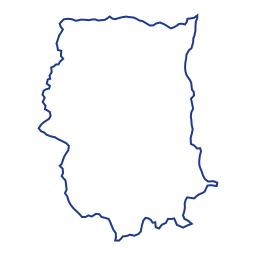 São Tomé das Letras, Minas Gerais, Brazil
{"feature_id": "56859067B94520469666233", "entity_name": "São Tomé das Letras", "entity_type": "district", "adm_level": 2, "iso_a3": "BRA", "parent_name": "Brazil", "parent_adm1": "Minas Gerais", "projection": "natural_earth1", "projection_center": [-44.96, -21.74], "detail": "fine", "context": "isolated", "style": "outline", "palette": "blue", "viewbox_px": 256, "rotation_deg": 0, "n_neighbors": 0, "source": "geoboundaries", "source_scale": "gbopen_adm2", "svg_char_len": 2644}
<svg xmlns="http://www.w3.org/2000/svg" viewBox="0 0 256 256"><path d="M191.7,223.8L188.2,220.8L184.5,218.9L183.0,215.4L184.3,211.3L184.9,207.7L184.7,203.6L185.6,200.0L187.2,197.4L190.9,197.9L194.2,198.4L196.4,196.2L199.3,194.3L202.2,193.1L204.7,191.6L206.2,188.2L207.5,185.6L210.8,185.2L213.2,185.5L216.6,186.1L217.3,182.7L213.4,181.2L208.1,181.5L204.8,178.9L203.1,175.7L201.7,171.5L200.1,167.7L199.3,164.8L199.2,161.1L199.8,155.9L201.0,151.3L200.1,148.2L197.0,148.5L194.4,145.6L191.0,144.0L190.6,138.1L191.8,133.6L192.7,129.3L191.7,124.9L191.4,120.6L190.8,116.3L191.4,112.2L193.1,108.8L192.1,103.7L191.0,98.7L194.0,95.5L193.7,91.8L192.0,89.7L191.6,86.7L191.3,83.1L190.0,80.1L187.9,77.2L186.2,74.4L185.4,70.8L185.1,67.7L185.3,62.9L186.1,58.8L186.5,54.5L189.1,50.0L191.4,48.4L192.3,45.3L193.2,41.9L193.3,38.5L194.5,35.2L195.4,31.0L195.5,25.9L195.9,21.3L197.2,18.4L197.3,15.4L194.1,17.8L190.3,18.5L187.5,18.8L186.8,21.8L185.0,24.5L181.8,23.7L178.9,24.0L176.9,25.6L174.1,27.2L170.8,28.4L167.4,26.2L164.3,24.3L160.0,22.5L155.9,23.6L153.3,25.4L149.9,25.5L146.0,23.2L142.4,21.0L139.3,20.5L136.9,19.0L134.2,17.7L131.7,17.3L129.2,17.1L126.3,16.6L122.2,17.2L118.3,18.2L115.5,19.1L112.5,18.7L109.7,16.5L107.3,18.4L104.7,19.9L101.5,20.2L98.2,20.5L95.1,19.4L92.1,19.5L88.7,20.2L85.0,19.8L80.8,19.6L78.2,20.4L75.5,20.7L71.9,19.2L67.9,18.8L63.8,19.3L59.7,23.6L60.7,26.8L62.9,29.4L60.8,33.0L59.1,35.6L58.0,39.2L56.5,43.5L57.5,47.0L57.9,50.0L61.3,50.8L60.9,56.0L63.2,58.8L60.0,61.6L58.6,64.3L55.9,64.5L53.9,66.4L51.2,67.5L51.7,72.2L49.5,75.7L50.2,78.8L47.7,79.5L46.8,83.7L49.9,85.8L49.1,88.6L46.0,89.3L43.7,90.7L42.5,94.6L44.7,97.7L42.7,102.0L45.5,105.7L45.0,109.3L47.4,110.4L49.9,112.2L50.6,115.8L49.2,118.7L46.3,120.6L44.1,122.0L41.2,124.6L38.7,128.3L41.1,131.3L44.1,132.4L46.5,134.7L50.5,136.3L54.7,137.1L57.5,138.9L60.6,140.4L64.0,142.0L66.5,143.4L68.9,146.0L68.2,150.3L65.9,153.8L64.1,156.8L62.7,160.8L61.6,164.0L59.7,165.8L62.6,168.6L63.1,172.9L61.7,176.1L63.4,178.2L65.4,180.3L66.1,184.5L66.6,189.6L65.0,193.2L67.3,196.5L68.7,201.2L70.6,204.7L73.4,208.3L76.9,211.6L79.7,214.3L82.0,217.0L85.5,217.0L88.5,215.4L91.5,216.5L93.8,215.3L95.9,213.8L99.3,214.2L101.6,217.0L105.2,217.9L108.7,219.0L110.4,222.5L111.9,226.3L113.6,230.2L115.7,232.9L116.0,237.0L115.2,240.5L119.0,240.6L121.1,238.6L122.8,236.3L126.2,236.2L129.9,234.7L134.4,235.7L138.4,234.0L140.8,231.5L141.8,225.8L143.3,220.6L145.5,217.9L148.5,218.4L151.0,220.1L152.6,222.7L155.3,222.3L155.7,227.2L159.0,228.5L161.9,224.7L165.8,223.0L168.0,218.9L171.3,219.0L174.1,218.4L175.7,221.9L176.9,224.9L179.6,226.0L183.0,227.6L187.3,225.5L191.7,223.8Z" fill="none" stroke="#1e3a8a" stroke-width="2"/></svg>